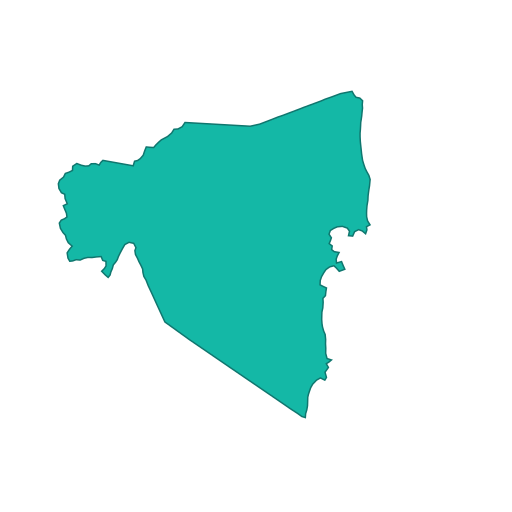 Guarapari, Espírito Santo, Brazil (Albers equal-area conic projection), rotated 332°
{"feature_id": "56859067B18132052810644", "entity_name": "Guarapari", "entity_type": "district", "adm_level": 2, "iso_a3": "BRA", "parent_name": "Brazil", "parent_adm1": "Espírito Santo", "projection": "albers", "projection_center": [-40.545, -20.612], "detail": "fine", "context": "isolated", "style": "filled", "palette": "teal", "viewbox_px": 512, "rotation_deg": 332, "n_neighbors": 0, "source": "geoboundaries", "source_scale": "gbopen_adm2", "svg_char_len": 2951}
<svg xmlns="http://www.w3.org/2000/svg" viewBox="0 0 512 512"><g transform="rotate(332 256 256)"><path d="M112.6,197.0L114.0,201.9L115.4,205.5L118.2,204.3L120.4,201.9L123.2,199.7L125.8,196.9L129.0,195.6L131.8,194.1L134.1,192.0L137.4,189.6L141.7,186.7L145.6,184.3L150.3,184.3L154.0,187.4L153.9,192.3L151.6,194.4L150.3,198.1L150.3,202.5L150.0,206.0L150.0,210.0L149.8,214.2L148.4,217.6L147.4,221.4L147.6,225.7L146.9,231.6L146.5,239.6L145.7,252.4L144.9,266.3L144.6,271.5L158.0,298.7L176.9,334.8L180.9,342.5L202.0,382.7L210.0,398.0L214.7,407.1L218.8,414.5L221.1,419.2L223.7,421.8L225.8,418.5L228.6,415.7L231.1,412.5L233.3,408.7L235.4,405.0L237.4,402.7L239.8,400.4L242.4,398.0L245.8,395.8L251.2,394.0L255.6,393.9L258.5,397.9L261.2,396.3L262.4,391.0L267.6,388.4L267.5,384.1L270.5,383.9L273.8,383.2L270.6,379.9L271.8,374.7L274.3,370.2L276.2,366.1L278.3,362.4L280.2,357.8L280.5,354.1L281.4,349.9L282.5,346.7L284.2,342.9L286.1,339.5L287.9,336.4L290.6,333.2L293.5,328.5L295.2,324.8L298.7,323.6L301.0,320.2L303.2,317.3L301.0,314.4L299.0,311.5L301.3,307.7L304.2,305.0L308.0,302.6L311.4,300.8L315.9,300.2L320.2,301.2L321.3,304.3L322.3,308.6L328.2,309.4L328.5,305.0L328.9,301.1L323.8,300.0L325.3,296.4L327.8,294.1L331.0,291.9L327.1,288.9L325.8,285.9L328.0,282.9L326.4,279.4L328.9,277.4L331.1,275.3L330.7,271.0L333.6,268.4L337.6,268.1L341.5,268.4L346.2,270.4L349.7,274.2L350.2,278.0L347.2,281.5L350.7,283.8L354.5,280.8L359.0,280.9L361.6,283.8L363.2,287.8L366.2,285.0L367.3,282.0L371.3,282.0L371.0,277.4L372.1,273.3L373.7,270.1L375.3,267.3L377.6,263.7L380.9,259.4L383.2,255.5L385.1,252.8L386.9,250.3L389.2,247.3L390.9,244.7L392.7,242.0L393.5,237.8L393.4,233.5L393.5,229.9L394.2,225.6L395.0,221.6L396.1,218.5L397.2,215.4L398.7,211.7L400.5,207.2L401.9,203.8L403.8,199.7L405.6,196.3L407.5,193.4L409.5,190.1L411.2,187.2L413.1,184.7L415.0,182.1L417.3,178.6L419.5,175.4L420.9,172.2L423.0,169.0L421.8,165.3L418.8,162.8L418.2,159.7L418.1,155.7L406.9,152.3L397.7,151.1L390.6,150.0L386.6,149.7L382.8,149.2L368.1,147.2L364.4,146.8L354.9,145.6L344.1,144.2L340.7,143.6L333.4,142.8L321.2,141.3L311.8,138.7L256.0,104.8L251.5,107.2L246.7,107.2L243.1,105.6L239.3,107.8L234.0,109.0L230.0,109.0L226.9,109.0L223.5,109.8L219.8,110.9L216.6,112.2L213.0,110.0L210.3,108.2L207.2,110.8L203.7,114.1L199.5,115.7L196.3,116.1L193.3,115.3L189.9,118.7L165.7,99.7L162.9,100.5L160.2,102.1L157.6,99.1L153.8,97.2L150.7,97.9L147.5,96.5L144.3,93.8L141.2,90.2L136.3,90.7L134.1,94.3L130.3,94.2L126.4,93.6L123.1,96.0L118.3,96.9L115.4,99.4L113.7,103.9L113.9,108.8L116.1,111.7L114.4,115.7L113.9,121.3L109.5,121.1L109.1,124.7L108.7,129.2L107.4,132.8L104.4,133.2L100.9,132.9L97.8,134.6L96.3,139.8L96.6,144.7L97.5,148.3L96.6,151.9L96.5,156.1L98.3,161.0L94.5,162.5L90.7,164.6L89.0,169.6L89.1,173.2L91.9,174.3L95.4,174.8L98.8,177.0L103.1,177.3L106.8,178.3L110.6,180.4L114.7,181.9L119.0,183.8L118.6,187.9L121.0,190.3L118.9,194.4L116.2,195.9L112.6,197.0Z" fill="#14b8a6" stroke="#0f766e" stroke-width="1.5"/></g></svg>